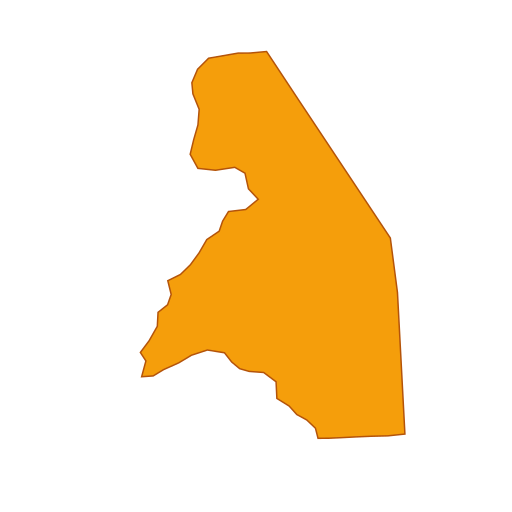 outline of Carrapateira, Paraíba, Brazil, rotated 169°
{"feature_id": "56859067B41888191918585", "entity_name": "Carrapateira", "entity_type": "district", "adm_level": 2, "iso_a3": "BRA", "parent_name": "Brazil", "parent_adm1": "Paraíba", "projection": "mercator", "projection_center": [-38.322, -7.048], "detail": "fine", "context": "isolated", "style": "filled", "palette": "amber", "viewbox_px": 512, "rotation_deg": 169, "n_neighbors": 0, "source": "geoboundaries", "source_scale": "gbopen_adm2", "svg_char_len": 893}
<svg xmlns="http://www.w3.org/2000/svg" viewBox="0 0 512 512"><g transform="rotate(169 256 256)"><path d="M391.3,159.3L379.8,157.9L368.4,162.1L352.1,165.9L338.4,170.9L321.7,173.0L305.4,167.0L300.1,156.6L293.5,148.5L284.7,144.0L270.7,140.2L260.3,128.7L262.7,112.2L252.1,102.4L246.2,92.6L237.5,85.4L230.5,75.6L229.9,65.2L219.1,63.2L206.2,61.3L192.7,59.4L177.4,57.1L160.9,54.3L143.8,52.8L124.1,193.2L120.7,248.0L184.4,401.0L206.6,454.7L223.3,456.4L235.0,458.6L264.8,459.2L277.7,450.5L285.9,438.3L287.0,427.2L283.8,410.8L288.0,395.7L295.0,382.0L301.2,368.4L296.3,353.1L279.4,347.9L259.9,347.1L251.0,339.4L250.6,323.4L243.0,311.3L257.2,303.6L274.5,304.9L282.1,296.6L287.4,287.4L301.2,281.5L311.3,269.9L322.1,259.9L333.7,252.3L347.3,248.6L346.6,234.4L352.1,225.0L362.9,219.4L366.3,205.8L377.1,193.2L387.9,183.4L384.1,174.0L391.3,159.3Z" fill="#f59e0b" stroke="#b45309" stroke-width="1.5"/></g></svg>